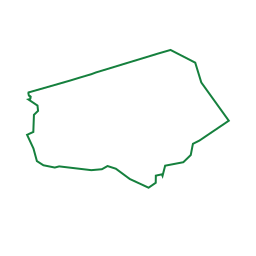 Gates, North Carolina, United States of America, rotated 343°
{"feature_id": "52423323B73755605771607", "entity_name": "Gates", "entity_type": "district", "adm_level": 2, "iso_a3": "USA", "parent_name": "United States of America", "parent_adm1": "North Carolina", "projection": "orthographic", "projection_center": [-76.756, 36.424], "detail": "fine", "context": "isolated", "style": "outline", "palette": "green", "viewbox_px": 256, "rotation_deg": 343, "n_neighbors": 0, "source": "geoboundaries", "source_scale": "gbopen_adm2", "svg_char_len": 695}
<svg xmlns="http://www.w3.org/2000/svg" viewBox="0 0 256 256"><g transform="rotate(343 128 128)"><path d="M43.3,64.9L42.9,65.6L42.7,67.9L43.2,69.0L43.8,69.0L44.1,69.6L43.2,71.4L42.8,71.7L41.1,71.6L48.0,80.1L47.0,85.3L41.9,87.9L36.3,104.1L29.5,105.0L31.6,120.0L31.2,133.0L36.2,138.9L46.4,144.4L51.0,144.6L80.6,157.6L91.0,159.8L97.3,158.4L104.5,163.4L114.8,177.3L130.2,191.1L138.5,188.5L140.7,181.7L146.7,182.2L146.8,182.2L147.0,183.9L152.5,174.9L170.9,176.9L180.1,172.2L184.5,163.9L185.5,162.1L192.6,160.9L226.5,150.5L211.4,105.9L211.4,85.2L191.5,65.8L191.4,65.8L185.0,65.7L178.0,65.6L113.6,65.5L109.1,65.8L96.6,65.7L86.4,65.7L43.3,64.9Z" fill="none" stroke="#15803d" stroke-width="2"/></g></svg>